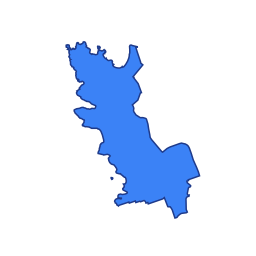 outline of Randwick, New South Wales, Australia, rotated 151°
{"feature_id": "25037944B39404082196295", "entity_name": "Randwick", "entity_type": "district", "adm_level": 2, "iso_a3": "AUS", "parent_name": "Australia", "parent_adm1": "New South Wales", "projection": "orthographic", "projection_center": [151.246, -33.946], "detail": "fine", "context": "isolated", "style": "filled", "palette": "blue", "viewbox_px": 256, "rotation_deg": 151, "n_neighbors": 0, "source": "geoboundaries", "source_scale": "gbopen_adm2", "svg_char_len": 5952}
<svg xmlns="http://www.w3.org/2000/svg" viewBox="0 0 256 256"><g transform="rotate(151 128 128)"><path d="M98.3,169.5L98.7,170.4L84.4,176.0L85.4,178.7L85.0,179.6L83.0,190.3L82.0,195.1L80.7,194.2L80.5,194.6L84.0,197.8L84.9,198.9L85.7,199.3L86.2,199.3L87.1,198.6L88.5,195.6L90.0,192.9L91.2,191.7L92.0,190.4L93.3,188.9L95.9,186.7L99.2,184.7L102.0,183.6L102.7,183.7L103.1,184.2L103.6,183.9L103.7,184.0L103.6,184.4L104.1,184.1L104.5,184.3L105.7,184.4L106.5,184.6L108.0,185.6L109.3,186.7L110.5,188.2L111.0,189.9L110.4,190.8L110.1,190.9L109.8,190.4L109.6,190.5L110.3,191.5L110.1,192.8L109.3,193.8L109.5,194.4L109.3,194.6L109.5,195.2L110.3,195.8L112.1,196.3L112.7,196.8L113.4,198.5L113.3,199.2L113.6,199.0L114.2,200.1L114.6,202.3L114.5,203.3L114.3,204.1L113.6,204.8L113.2,204.8L112.4,204.3L111.8,205.0L111.3,205.0L110.7,205.2L110.6,205.4L111.6,205.4L110.8,206.0L110.8,206.4L110.6,206.3L110.3,206.9L110.8,207.5L110.9,208.1L112.6,207.8L113.6,208.1L115.4,210.4L115.2,211.0L114.5,211.6L113.9,211.9L113.6,211.6L113.4,211.8L113.5,212.0L113.3,212.2L113.3,212.7L113.7,213.5L114.4,213.6L114.5,213.9L114.7,214.2L115.0,214.1L115.3,213.6L115.5,212.2L115.8,212.1L115.8,211.5L115.3,211.0L115.5,210.4L116.2,209.7L116.5,209.8L116.5,209.5L117.6,209.1L118.5,207.6L119.4,207.4L120.8,207.8L122.0,209.1L122.8,209.5L123.2,210.1L123.9,210.0L123.9,210.4L124.5,210.9L125.0,211.9L124.9,212.7L123.4,214.3L123.0,215.1L123.6,216.6L123.8,216.9L124.2,216.8L124.6,218.1L125.3,219.3L124.7,219.6L124.3,220.2L124.4,221.5L123.9,222.4L123.9,223.8L124.7,224.8L125.2,224.7L125.7,224.8L125.9,224.3L127.2,224.0L128.2,224.2L128.6,224.0L129.1,224.1L129.2,224.4L130.0,224.8L130.6,226.1L130.3,226.4L130.5,226.5L130.3,226.7L130.4,227.0L131.2,227.3L131.5,226.9L132.3,226.5L132.9,225.5L133.6,224.8L134.3,224.6L134.6,223.3L135.3,223.3L135.7,222.8L136.4,222.7L136.9,222.9L137.0,223.2L136.9,223.7L137.4,224.4L137.7,224.4L138.1,223.9L139.5,223.9L139.9,224.2L140.0,224.7L139.6,225.2L139.8,225.3L139.8,226.1L140.1,226.5L140.4,226.5L139.4,228.6L139.4,229.1L140.3,230.0L140.6,229.9L141.6,230.4L141.8,230.0L142.1,230.1L142.7,229.0L142.4,228.8L142.6,228.4L142.3,228.2L142.0,227.4L141.9,226.3L142.4,226.1L142.4,225.9L141.9,225.8L142.0,225.4L142.3,225.5L141.5,224.4L142.2,224.0L142.4,223.4L142.6,223.4L143.0,222.7L143.1,222.0L143.4,221.6L143.5,220.3L143.9,220.1L144.6,219.3L145.1,219.1L145.2,218.6L144.9,218.1L145.4,216.1L145.1,215.8L145.6,215.8L145.9,215.5L146.1,214.9L146.1,214.0L147.5,211.3L147.4,210.5L147.1,209.9L147.3,209.3L147.3,208.7L146.6,208.1L146.1,207.2L146.6,206.7L146.6,205.8L146.5,204.8L145.8,203.9L145.8,202.4L147.0,201.5L147.3,200.1L148.0,199.7L149.0,196.7L148.8,195.8L148.9,195.4L148.1,195.0L147.7,194.4L148.5,194.0L148.4,193.7L148.9,194.0L149.1,193.7L149.0,193.4L148.5,193.4L148.5,192.6L148.3,192.5L148.4,192.3L148.1,191.7L147.4,191.7L146.8,191.0L145.9,191.2L145.2,190.9L144.6,189.7L144.7,189.1L144.6,188.7L145.2,188.1L146.2,187.8L147.5,188.0L148.0,187.7L149.1,187.5L150.3,186.8L151.2,186.6L151.6,186.0L151.3,185.4L154.8,185.2L154.7,184.4L155.8,184.0L156.3,182.9L156.2,181.2L154.2,178.1L154.7,177.3L154.1,175.3L152.6,173.5L152.4,172.9L151.7,172.2L151.5,171.5L149.7,170.2L148.9,169.2L148.2,166.7L145.5,163.3L145.6,162.6L147.0,161.3L147.8,161.2L150.0,162.7L151.6,162.8L152.6,163.1L153.3,163.9L154.6,164.6L155.7,166.2L156.7,167.0L157.2,167.8L158.5,168.4L160.1,168.7L160.5,168.6L163.5,169.7L165.7,169.9L166.4,169.8L166.9,168.7L166.9,167.1L167.0,166.4L166.7,165.8L166.0,163.1L165.7,162.7L165.7,161.3L165.3,160.5L165.3,159.9L164.0,158.7L163.4,157.4L162.4,156.3L162.5,155.8L163.0,155.5L163.7,154.3L166.5,152.8L166.6,152.0L165.8,151.8L165.7,150.9L164.6,149.7L163.5,149.2L161.5,147.6L160.0,145.4L155.3,142.8L154.9,142.3L154.7,141.5L154.1,141.3L153.8,140.8L153.4,139.4L153.3,138.1L153.8,134.3L155.0,129.6L155.7,127.9L156.4,127.3L158.2,127.6L159.5,127.3L159.7,126.9L160.6,126.7L161.4,125.4L162.2,124.9L162.4,124.3L163.0,124.0L164.0,122.4L165.1,121.9L165.4,121.5L165.9,121.2L166.5,120.2L163.1,117.1L162.5,116.6L162.4,116.2L158.8,115.0L157.9,114.0L157.1,112.6L157.2,112.2L158.2,111.7L159.8,111.1L159.8,110.7L160.1,110.3L160.0,110.1L160.6,108.8L160.7,106.4L160.4,105.9L160.1,104.6L158.2,102.6L157.7,99.9L157.8,99.5L157.6,98.6L157.8,97.2L158.6,96.3L159.7,95.7L160.0,94.7L159.7,94.0L158.4,92.7L157.7,92.0L156.7,91.7L156.6,91.1L156.7,90.7L155.7,88.9L155.8,88.5L155.3,87.7L155.1,86.7L154.3,86.1L154.4,84.7L155.1,82.8L155.9,81.5L157.4,80.5L159.2,81.2L159.1,79.9L159.8,78.4L160.3,78.3L160.4,78.1L161.0,78.0L161.4,77.5L162.0,77.5L162.3,76.9L162.3,76.1L159.8,72.4L160.0,71.7L160.8,71.4L162.5,71.6L165.2,72.6L166.6,73.9L168.5,74.3L169.6,73.6L170.4,72.2L169.4,70.9L167.8,69.9L168.1,69.4L168.5,69.4L169.2,69.8L169.2,70.2L169.5,70.5L171.8,71.5L173.2,71.6L174.5,71.1L175.2,70.5L175.3,69.2L175.5,68.6L174.7,67.7L175.0,66.3L174.8,66.2L174.8,65.7L174.2,64.6L174.1,64.8L172.6,64.6L163.1,62.8L163.3,61.7L157.0,60.6L157.3,59.0L153.2,58.2L152.8,57.4L149.1,56.8L148.4,55.3L148.7,53.6L146.8,53.3L147.1,51.8L131.8,49.1L130.0,49.5L131.3,40.1L131.2,39.7L129.2,38.5L129.0,35.1L130.6,26.5L128.9,26.1L128.4,26.1L126.5,27.0L123.5,27.5L122.1,27.2L118.1,25.6L116.9,25.7L116.6,28.5L111.7,37.8L111.0,38.5L109.7,39.1L108.7,39.1L107.9,38.7L107.0,39.7L107.8,40.1L108.1,40.7L108.1,41.5L107.8,42.1L104.3,46.2L103.3,46.6L102.3,46.3L101.2,46.9L101.4,48.1L102.7,51.3L102.3,53.0L100.6,52.7L100.4,53.5L88.6,51.5L88.4,52.3L87.7,55.6L87.1,60.4L86.4,68.5L85.0,75.2L84.1,80.7L84.1,83.0L84.5,84.4L85.6,86.2L88.6,88.9L90.6,89.4L100.3,91.0L102.1,91.1L103.8,91.1L109.4,90.1L109.9,90.9L110.1,91.8L113.0,106.4L113.2,108.9L112.2,111.6L110.4,117.2L108.7,121.7L107.6,126.7L107.7,127.5L108.4,128.4L110.0,129.9L112.1,131.0L112.6,131.7L114.7,135.6L115.0,139.2L114.9,140.0L114.6,140.8L113.3,142.5L112.9,144.7L113.0,146.1L105.9,147.6L100.2,152.6L99.1,152.4L97.6,161.9L98.7,169.4L98.3,169.5ZM166.2,92.5L166.8,92.8L167.0,92.5L167.1,92.1L166.4,91.9L167.1,91.1L167.1,90.9L166.5,90.8L165.8,91.2L165.6,91.8L166.2,92.5Z" fill="#3b82f6" stroke="#1e3a8a" stroke-width="1.5"/></g></svg>